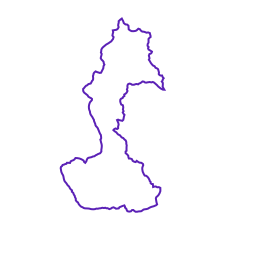 Santa Bárbara, Minas Gerais, Brazil (Mercator projection), rotated 303°
{"feature_id": "56859067B69434918593037", "entity_name": "Santa Bárbara", "entity_type": "district", "adm_level": 2, "iso_a3": "BRA", "parent_name": "Brazil", "parent_adm1": "Minas Gerais", "projection": "mercator", "projection_center": [-43.456, -20.054], "detail": "fine", "context": "isolated", "style": "outline", "palette": "violet", "viewbox_px": 256, "rotation_deg": 303, "n_neighbors": 0, "source": "geoboundaries", "source_scale": "gbopen_adm2", "svg_char_len": 5113}
<svg xmlns="http://www.w3.org/2000/svg" viewBox="0 0 256 256"><g transform="rotate(303 128 128)"><path d="M190.6,128.0L189.7,126.7L189.6,125.5L190.0,124.4L191.5,123.7L192.7,122.3L193.7,121.2L193.8,119.9L193.5,118.3L194.3,116.6L194.0,115.0L194.4,113.4L195.0,111.7L196.0,109.8L196.6,108.3L197.9,108.2L198.8,107.5L200.0,106.1L201.7,105.7L202.9,106.6L204.1,106.8L205.1,106.5L205.1,104.8L205.0,102.5L205.9,101.3L207.1,101.2L207.6,99.6L209.1,98.8L210.8,98.7L212.5,97.6L213.8,96.7L215.4,96.9L216.6,97.4L217.6,96.7L218.5,95.6L219.5,94.6L219.1,92.8L218.0,91.6L217.8,90.4L217.4,88.9L216.6,87.4L216.7,85.7L217.3,84.2L216.9,82.6L214.4,82.0L213.2,81.1L212.0,79.6L211.2,78.2L211.0,76.8L211.1,74.9L212.4,73.9L214.0,72.7L214.3,71.1L213.5,69.4L213.7,67.3L214.9,65.9L215.7,64.4L216.4,63.2L214.6,62.5L212.5,62.0L211.2,62.9L209.8,63.3L208.6,63.9L207.5,65.2L205.8,65.4L204.2,64.9L202.8,63.4L201.6,62.1L200.3,63.4L198.7,63.9L197.0,64.6L196.4,66.4L194.3,67.0L192.8,66.8L191.6,66.8L190.3,66.2L189.0,65.7L187.9,65.2L186.8,64.6L185.7,64.1L184.6,63.8L183.4,63.4L182.0,63.0L180.5,62.8L179.1,63.0L177.7,63.8L176.5,64.2L175.8,65.6L174.2,66.2L172.9,66.6L171.7,67.1L171.0,68.4L170.6,70.4L170.1,71.6L168.9,72.6L168.3,73.7L166.8,73.7L165.5,74.3L164.5,74.8L163.2,74.9L161.4,75.1L159.7,75.3L158.8,74.3L158.5,73.1L158.1,71.8L157.8,70.0L156.1,69.5L154.9,69.5L153.8,70.0L152.5,70.3L151.4,71.2L150.1,72.1L149.0,72.4L147.7,72.2L146.5,72.4L145.0,72.5L143.3,70.9L141.6,70.5L140.6,69.8L139.0,69.5L137.6,69.4L136.4,69.1L135.4,69.7L134.4,70.6L133.8,72.0L133.6,74.3L133.4,76.3L132.7,77.7L132.7,79.2L132.9,80.5L132.8,81.9L131.9,82.5L130.6,82.4L129.0,82.1L127.4,82.4L125.9,82.9L124.5,83.6L122.9,84.8L122.0,85.8L121.2,87.0L120.1,87.9L119.0,89.2L118.3,90.8L117.6,92.5L116.9,93.6L116.4,94.8L115.3,95.8L114.4,97.1L113.6,98.3L112.7,99.1L112.1,100.2L111.8,101.6L111.3,102.9L110.6,103.8L109.9,104.9L108.8,106.4L107.9,107.8L107.4,109.0L106.6,109.7L105.5,110.6L104.3,111.3L103.3,111.1L102.4,112.1L101.3,113.2L100.1,114.6L99.1,115.5L98.0,116.2L96.6,116.9L95.2,117.5L93.7,118.5L91.7,118.4L90.7,117.7L89.6,116.9L88.5,116.4L87.6,115.8L86.0,115.2L84.9,114.0L83.7,113.3L82.5,112.1L81.4,111.0L80.3,110.6L78.8,110.8L77.3,111.2L75.5,111.1L75.6,109.8L76.5,108.5L76.5,107.2L76.4,105.9L76.0,104.0L75.2,102.0L74.2,100.3L72.6,100.2L71.4,99.8L70.2,98.9L68.9,98.1L67.1,98.4L66.3,96.9L65.5,95.7L64.4,95.8L63.6,95.0L62.5,94.3L61.4,93.3L60.2,93.4L58.9,93.0L57.7,93.4L56.6,94.4L55.7,95.2L54.8,96.1L53.8,97.6L52.9,99.4L51.9,100.5L50.6,101.7L49.1,103.4L48.5,104.9L48.2,106.1L47.6,107.5L47.1,108.6L46.8,110.5L46.0,111.8L45.4,113.2L45.2,115.0L44.0,115.6L43.8,117.4L42.6,118.9L42.2,120.1L41.2,121.1L40.3,122.7L39.0,123.5L38.4,124.9L38.3,126.6L37.3,128.2L36.8,129.8L36.5,131.5L36.8,133.2L36.8,134.5L37.2,135.7L38.1,137.2L39.2,139.2L39.9,141.3L40.9,143.1L42.0,144.5L43.1,145.3L43.9,146.7L44.9,147.6L45.8,148.8L47.1,149.9L47.8,151.5L48.7,152.3L48.9,153.6L49.6,154.5L49.8,156.5L51.0,157.5L52.5,158.1L53.6,159.1L53.8,160.7L53.8,161.9L54.6,162.9L55.5,164.0L56.9,164.0L58.2,164.9L59.5,165.8L61.1,167.1L60.5,168.2L59.6,168.9L59.4,170.5L58.7,171.3L57.9,172.8L58.5,174.5L59.7,175.8L61.4,176.1L62.1,177.1L61.9,178.6L61.9,180.0L62.7,181.2L63.7,182.2L64.4,183.1L65.3,184.3L66.5,184.9L68.0,185.4L69.1,186.5L70.1,187.7L71.3,188.7L72.4,189.2L73.6,189.9L74.6,190.6L75.6,191.5L76.5,192.3L77.6,193.0L78.6,193.7L79.8,194.0L80.8,192.8L81.9,191.7L83.1,190.6L84.3,189.6L85.4,189.4L86.8,189.8L88.3,190.1L90.5,190.0L92.7,189.5L94.1,188.6L95.4,187.7L95.2,186.1L94.2,184.8L94.1,183.2L93.4,182.2L92.2,181.2L93.5,180.2L94.5,179.4L93.9,178.3L94.0,177.1L95.2,176.2L95.4,175.1L96.2,174.2L97.1,172.6L97.7,170.8L97.8,169.2L97.2,167.9L97.8,166.6L98.5,165.5L99.4,164.1L101.0,162.6L102.3,161.7L103.7,161.3L105.2,161.0L106.0,160.1L106.1,158.2L105.2,156.4L105.1,155.1L105.2,153.2L103.6,153.0L103.1,151.6L103.0,149.8L104.0,148.2L103.7,146.7L102.9,145.3L103.9,144.1L104.9,143.3L105.4,141.6L105.6,139.7L107.0,138.8L108.1,139.2L109.4,138.3L111.3,137.1L112.7,136.4L113.8,135.2L115.3,134.2L116.3,132.9L116.5,131.1L117.0,129.5L116.7,128.3L116.9,126.9L117.5,125.4L117.2,123.3L117.5,122.0L118.0,120.6L118.0,118.5L118.3,116.9L119.7,117.1L120.9,117.9L121.2,119.4L122.3,119.9L123.8,118.9L125.7,118.3L126.9,117.2L127.7,116.0L128.7,114.5L129.6,115.1L129.9,116.7L130.5,118.1L130.9,119.3L132.3,119.6L134.1,118.9L135.5,118.3L137.1,117.9L137.5,116.5L138.2,115.1L139.7,115.1L140.8,113.6L142.4,113.0L143.4,112.2L144.3,111.3L144.0,109.5L145.2,107.9L146.3,106.8L147.7,106.1L148.9,106.3L150.3,107.2L151.6,107.0L152.8,107.6L154.0,106.6L155.5,107.3L156.9,107.6L158.8,107.4L159.7,106.1L161.5,105.7L162.6,104.8L163.6,104.3L164.8,104.2L166.0,105.0L166.5,106.3L166.5,107.9L167.6,109.5L168.8,110.4L169.7,111.4L170.1,112.7L171.3,113.1L172.4,113.9L173.6,114.4L174.9,114.8L175.5,116.0L175.4,117.2L175.9,118.5L177.1,119.7L178.4,121.2L179.0,122.8L180.1,123.7L180.3,125.1L180.1,126.6L179.9,128.0L179.7,129.2L179.3,130.5L179.1,132.2L179.0,133.5L179.0,134.7L179.2,136.4L179.9,137.6L180.7,136.0L181.7,134.4L182.8,133.9L183.8,133.3L184.8,132.6L185.4,131.0L186.5,131.2L187.7,130.7L189.2,130.8L189.6,129.3L190.6,128.0Z" fill="none" stroke="#5b21b6" stroke-width="2"/></g></svg>